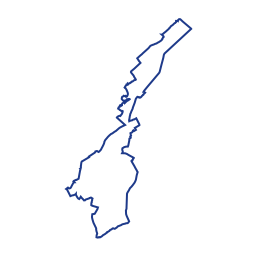 the district of Copalau, Botosani, Romania, rotated 272°
{"feature_id": "2599482B3629245685711", "entity_name": "Copalau", "entity_type": "district", "adm_level": 2, "iso_a3": "ROU", "parent_name": "Romania", "parent_adm1": "Botosani", "projection": "equal_earth", "projection_center": [26.934, 47.592], "detail": "fine", "context": "isolated", "style": "outline", "palette": "blue", "viewbox_px": 256, "rotation_deg": 272, "n_neighbors": 0, "source": "geoboundaries", "source_scale": "gbopen_adm2", "svg_char_len": 5743}
<svg xmlns="http://www.w3.org/2000/svg" viewBox="0 0 256 256"><g transform="rotate(272 128 128)"><path d="M222.5,158.5L222.0,159.1L221.5,159.7L220.8,160.3L220.3,160.5L219.6,159.8L219.0,159.6L218.3,159.1L217.9,159.2L217.7,159.1L216.4,157.9L214.9,155.8L214.2,154.5L213.5,153.6L213.4,153.3L213.0,152.1L212.2,150.6L212.0,149.8L211.0,147.7L210.5,147.2L209.0,146.1L208.3,145.5L203.2,140.2L202.1,139.2L201.0,137.9L198.0,134.8L195.4,136.6L193.5,138.2L187.5,132.2L184.8,129.2L184.4,129.0L183.9,129.0L183.5,129.2L180.5,131.8L179.1,132.5L177.1,133.9L176.6,134.1L176.2,133.5L176.1,132.9L176.0,132.5L174.7,131.0L174.5,130.5L174.5,130.1L174.3,130.0L174.2,129.8L173.9,129.7L173.8,129.4L173.2,128.9L173.2,128.6L172.8,128.2L172.8,127.9L172.4,127.3L172.1,127.0L172.2,126.8L171.8,126.7L171.7,126.1L172.0,125.9L171.7,125.8L171.6,125.5L171.4,125.6L171.4,125.3L171.1,125.3L171.1,125.0L170.8,125.0L170.7,124.7L170.4,124.6L170.2,124.3L169.4,123.7L168.9,123.6L168.3,123.2L168.0,123.5L168.1,123.9L165.8,125.4L165.2,125.5L164.9,125.8L163.2,126.5L162.2,126.7L161.2,126.6L160.4,126.3L159.5,125.9L159.2,125.3L159.5,125.0L159.4,124.8L160.0,124.6L160.1,124.4L160.1,124.1L159.7,123.5L159.7,123.1L160.0,122.5L159.5,122.2L159.1,121.5L159.0,121.2L158.7,121.0L158.0,120.8L156.8,120.7L155.4,122.0L155.1,122.4L155.2,123.6L155.4,124.4L156.0,125.6L156.3,125.8L156.7,126.0L156.6,126.3L156.9,127.0L156.9,127.5L157.1,128.0L157.0,128.6L156.8,128.7L156.1,127.8L155.9,127.4L155.4,126.9L155.3,126.4L154.7,125.8L154.6,125.5L154.3,125.3L152.8,123.9L153.3,123.7L153.5,123.5L153.1,122.5L152.5,121.6L152.3,121.4L151.6,121.1L150.5,121.2L150.2,120.8L150.4,120.7L150.0,119.9L150.3,119.8L150.6,119.5L150.4,119.2L150.0,119.0L149.5,118.9L149.0,119.0L148.9,118.7L148.3,117.9L147.1,117.5L147.0,118.0L146.7,118.1L145.6,119.4L145.5,119.9L145.3,120.1L144.5,121.1L144.6,121.5L144.8,122.0L144.7,122.1L144.3,122.1L143.9,122.1L143.4,121.9L143.2,121.9L142.0,121.5L140.6,120.5L140.3,120.1L140.0,120.1L139.8,120.0L139.7,119.9L139.9,119.5L139.9,119.2L139.6,118.4L139.4,117.9L138.8,117.1L138.4,116.7L138.0,116.5L130.9,125.0L129.4,122.1L128.1,119.9L127.5,119.1L125.7,117.2L124.5,115.9L123.8,114.7L122.1,112.6L121.4,111.2L121.2,111.0L119.9,109.6L118.4,108.2L117.2,107.3L115.2,105.7L113.5,104.9L112.5,104.8L110.7,104.2L108.5,103.2L106.3,102.1L105.7,101.9L105.1,101.5L103.3,99.9L103.0,99.4L103.7,98.1L103.9,97.9L103.9,97.6L103.6,97.1L103.5,96.6L103.5,96.3L102.3,95.8L98.1,89.9L97.5,90.2L93.4,83.8L93.0,83.1L92.3,82.7L91.8,82.6L90.1,82.4L89.4,82.4L88.4,82.2L87.6,82.3L87.3,82.2L86.9,82.3L86.5,82.3L85.7,81.9L85.6,81.7L85.4,81.9L85.0,81.8L84.7,81.9L83.9,81.6L75.6,80.4L74.3,78.3L74.4,78.0L73.3,75.8L72.7,75.3L72.1,75.8L72.0,76.2L71.8,76.4L71.7,75.7L71.4,75.4L68.3,73.8L66.9,73.2L66.0,72.6L65.7,72.0L65.6,71.4L66.0,70.5L65.9,70.3L66.3,70.0L64.9,68.3L64.1,69.5L63.5,69.7L61.4,70.9L57.9,72.8L58.6,74.4L59.0,76.1L59.9,77.9L60.3,78.2L59.7,78.2L58.5,78.8L56.9,79.8L55.9,80.6L55.3,81.7L56.9,82.9L57.1,82.9L57.7,83.2L56.3,84.4L55.1,85.7L54.1,86.6L54.2,86.9L54.2,87.5L55.0,88.2L55.1,88.4L56.3,91.6L56.7,92.0L56.7,92.3L57.2,93.4L56.3,95.0L55.3,94.7L55.0,94.6L54.4,94.7L53.2,94.3L52.5,94.4L51.8,94.0L50.1,94.0L49.9,94.2L49.5,94.1L49.0,95.1L47.6,100.7L47.1,100.5L46.6,100.5L45.9,100.3L41.2,97.8L41.0,97.6L41.0,97.1L40.6,95.3L38.0,95.1L37.2,95.2L35.3,95.7L32.1,96.8L26.8,99.6L26.5,99.7L25.5,99.7L23.7,100.1L21.5,100.9L21.1,100.8L19.8,100.4L17.7,100.3L17.6,100.7L17.5,101.0L17.4,101.8L17.8,102.4L17.9,102.7L17.7,103.1L17.8,103.7L18.0,103.8L18.0,104.0L17.9,104.1L18.4,105.0L18.9,105.7L20.3,107.1L20.7,108.0L21.5,109.1L22.4,110.1L22.5,110.4L22.8,110.7L23.0,110.7L23.1,110.9L23.3,110.9L23.7,111.8L24.4,112.8L24.6,113.1L25.4,113.6L25.6,113.9L25.8,114.5L26.2,115.2L27.1,116.1L27.2,116.9L26.9,117.6L26.8,118.3L28.2,120.3L29.3,121.2L30.7,124.5L31.5,125.6L31.7,126.2L32.4,128.8L32.7,129.3L32.9,130.9L33.3,131.4L34.7,132.4L40.2,129.7L41.9,129.1L45.5,128.8L47.2,129.3L56.5,129.3L62.2,129.3L62.6,129.4L63.6,129.8L65.8,131.1L67.8,132.0L68.6,132.7L69.3,133.4L71.0,134.7L73.5,136.4L74.7,137.0L76.6,137.7L81.3,138.4L84.3,139.2L84.7,138.8L85.8,138.3L88.2,136.8L90.3,135.6L94.7,132.8L95.1,132.6L95.5,133.1L95.7,133.5L96.3,133.5L96.5,133.9L96.8,134.0L97.5,134.1L97.7,134.3L97.9,134.7L98.4,134.8L101.2,129.2L101.8,128.3L102.1,127.6L102.6,126.1L102.6,125.6L102.6,123.0L103.6,123.5L104.3,123.6L106.0,123.0L107.5,123.1L108.7,124.8L109.3,126.6L109.4,127.4L109.4,128.5L110.6,128.9L114.8,129.6L116.3,129.8L116.5,129.7L117.5,129.8L117.9,130.4L118.0,130.8L118.2,131.0L118.6,131.1L118.8,131.1L119.0,131.0L119.2,130.7L119.5,130.5L119.8,130.6L120.5,131.3L121.2,131.0L122.9,130.6L123.8,132.2L124.4,132.7L124.7,132.8L125.5,133.0L125.8,133.4L125.2,133.7L125.1,134.0L126.4,136.0L128.3,134.8L131.2,139.3L131.6,139.3L132.4,139.0L138.0,135.9L136.8,134.0L136.7,133.2L136.4,132.6L135.8,131.8L135.6,130.8L135.1,129.5L134.8,129.0L135.8,128.8L136.3,128.9L138.2,129.2L140.0,129.4L140.5,129.6L142.1,129.8L143.4,130.4L144.5,130.7L147.5,132.0L148.4,132.1L153.4,133.8L157.4,134.8L158.5,135.5L159.5,136.3L159.4,136.9L159.0,137.5L158.8,138.3L159.2,138.3L159.1,139.1L159.0,139.3L159.0,139.5L159.6,140.2L160.5,140.8L161.6,142.0L161.8,141.9L163.9,143.9L164.4,143.2L164.8,142.5L164.8,142.3L165.7,142.8L169.8,145.9L184.3,157.3L185.3,157.7L189.0,158.5L191.8,159.1L199.2,160.8L202.4,161.3L203.3,161.7L203.8,162.0L229.3,187.7L229.6,187.5L236.3,179.0L238.5,176.5L238.6,175.6L238.6,175.3L237.6,174.3L237.4,174.4L237.0,174.1L236.6,174.1L236.8,173.6L236.7,172.8L236.7,172.6L236.7,172.3L236.3,172.3L235.6,172.4L235.4,172.2L235.0,171.8L234.7,171.6L234.7,171.4L234.2,170.7L233.9,170.4L232.6,169.2L231.1,167.2L230.6,166.9L229.7,166.4L229.2,165.7L228.2,165.2L228.4,165.2L225.6,162.3L223.9,160.3L223.6,160.1L223.5,159.9L222.5,158.8L222.5,158.5Z" fill="none" stroke="#1e3a8a" stroke-width="2"/></g></svg>